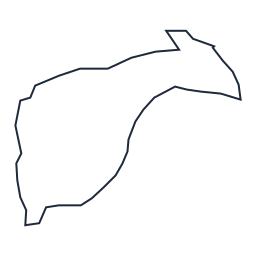 Agioi Trimithias, Nicosia, Cyprus
{"feature_id": "46923920B49674797191494", "entity_name": "Agioi Trimithias", "entity_type": "district", "adm_level": 2, "iso_a3": "CYP", "parent_name": "Cyprus", "parent_adm1": "Nicosia", "projection": "orthographic", "projection_center": [33.238, 35.108], "detail": "fine", "context": "isolated", "style": "outline", "palette": "slate", "viewbox_px": 256, "rotation_deg": 0, "n_neighbors": 0, "source": "geoboundaries", "source_scale": "gbopen_adm2", "svg_char_len": 624}
<svg xmlns="http://www.w3.org/2000/svg" viewBox="0 0 256 256"><path d="M214.1,46.3L193.0,38.8L186.0,30.8L166.2,30.8L179.1,49.7L155.3,51.7L131.5,57.7L120.6,62.7L107.7,68.7L93.8,68.7L79.9,68.7L59.0,75.7L35.2,85.6L30.3,97.6L20.3,100.6L15.4,125.5L21.3,153.4L16.3,163.4L17.3,180.3L20.3,197.3L26.2,210.2L25.3,225.2L39.2,223.2L46.1,207.3L59.0,205.3L80.9,205.3L91.8,198.3L103.7,187.3L115.6,175.4L122.5,163.4L127.5,151.4L128.5,139.5L135.4,121.5L143.4,109.6L154.3,97.6L175.1,86.6L187.0,89.6L200.9,91.6L220.8,93.6L240.6,99.6L238.6,84.6L232.7,71.7L222.8,60.7L212.8,47.7L214.1,46.3Z" fill="none" stroke="#1e293b" stroke-width="2"/></svg>